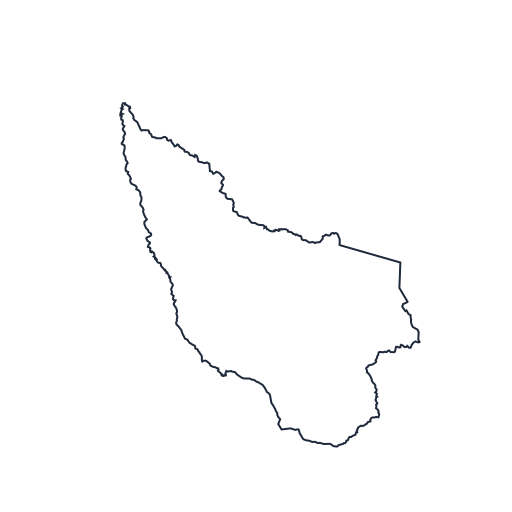 the district of Campinápolis, Mato Grosso, Brazil, rotated 321°
{"feature_id": "56859067B49956059749478", "entity_name": "Campinápolis", "entity_type": "district", "adm_level": 2, "iso_a3": "BRA", "parent_name": "Brazil", "parent_adm1": "Mato Grosso", "projection": "natural_earth1", "projection_center": [-53.146, -14.256], "detail": "fine", "context": "isolated", "style": "outline", "palette": "slate", "viewbox_px": 512, "rotation_deg": 321, "n_neighbors": 0, "source": "geoboundaries", "source_scale": "gbopen_adm2", "svg_char_len": 6107}
<svg xmlns="http://www.w3.org/2000/svg" viewBox="0 0 512 512"><g transform="rotate(321 256 256)"><path d="M250.4,54.9L248.6,53.6L246.4,54.8L246.4,56.3L244.2,56.3L244.8,57.9L243.6,57.8L240.8,59.6L241.7,61.5L239.5,60.7L238.8,61.6L239.7,62.9L237.5,64.4L237.2,65.4L237.9,66.7L236.8,68.1L235.3,69.1L235.0,70.2L235.5,72.2L232.7,73.2L232.0,74.0L231.7,77.6L231.2,78.7L228.2,79.8L227.5,80.4L227.1,81.8L224.2,83.5L222.9,83.6L222.2,84.3L222.4,85.4L223.2,86.3L223.2,87.7L221.6,89.8L217.7,92.8L217.1,94.6L216.9,96.9L215.3,99.2L215.1,102.2L214.5,103.2L213.3,103.2L209.8,105.7L208.4,108.0L209.6,110.3L208.1,111.3L208.2,114.2L207.4,117.3L205.9,117.8L204.8,119.8L204.7,121.6L206.4,125.0L206.7,126.7L206.4,127.7L204.9,128.9L206.1,130.9L206.1,133.7L204.3,136.0L204.1,137.8L203.5,139.0L201.8,140.7L199.1,142.3L198.3,143.5L198.4,147.1L197.8,149.3L196.3,150.2L195.2,153.0L194.3,156.8L194.2,158.9L190.8,159.2L189.4,160.8L188.1,164.9L188.4,167.7L187.7,170.0L188.5,172.5L187.9,173.6L186.7,174.0L182.6,172.9L181.7,173.4L181.2,175.9L182.0,178.8L181.4,179.5L179.5,179.6L177.7,180.9L178.9,182.8L178.7,183.7L177.9,184.0L176.5,186.5L177.0,187.3L178.0,187.0L178.6,189.3L177.9,191.2L177.0,192.1L176.1,192.1L176.7,193.5L175.9,194.4L176.7,194.7L176.8,196.1L175.9,196.2L175.6,199.0L176.3,200.4L177.2,201.1L177.0,202.4L176.1,203.6L175.9,205.1L176.2,207.4L176.0,208.4L176.7,209.4L176.1,210.0L176.5,210.9L176.5,211.9L175.8,212.7L176.7,213.1L176.2,214.2L176.0,216.8L175.1,217.9L176.1,218.5L175.1,219.1L173.4,222.3L173.5,225.1L173.0,226.4L169.0,228.5L168.0,231.3L166.3,232.2L166.9,235.2L164.4,237.0L164.4,238.4L165.6,239.9L162.5,241.0L161.7,241.7L161.3,243.7L161.4,245.0L160.7,247.7L160.0,249.0L159.1,250.0L158.0,250.4L156.6,253.9L154.7,255.2L153.9,256.4L151.9,257.6L151.1,259.2L151.5,262.2L151.3,266.7L150.1,269.8L148.8,275.6L150.0,277.8L149.7,281.4L151.0,285.3L151.9,287.0L151.8,288.0L150.7,289.6L151.8,291.9L151.2,294.1L151.5,295.1L151.1,296.1L151.1,298.9L150.4,300.4L148.5,302.7L147.9,304.2L149.0,304.2L150.8,305.5L151.4,306.5L152.3,310.5L151.6,312.2L152.7,314.9L154.5,317.0L154.9,318.5L155.8,319.2L155.5,320.6L154.2,321.2L155.1,326.4L154.3,326.7L154.4,327.9L155.1,328.7L156.1,328.5L156.6,329.5L157.4,329.8L158.0,329.1L158.3,328.0L160.6,326.7L161.4,328.1L164.2,329.6L164.5,330.6L166.6,333.0L166.7,336.4L168.3,341.5L169.4,343.4L174.1,347.4L175.0,349.6L175.9,350.3L176.8,351.9L177.3,354.1L178.1,355.0L180.0,360.4L179.9,364.0L178.9,368.6L179.5,370.1L179.5,372.6L175.4,380.1L175.4,382.2L174.5,387.3L173.8,389.2L173.8,391.3L172.4,393.2L172.0,394.8L172.1,398.0L167.5,400.6L166.7,406.9L174.4,411.7L177.1,415.9L179.5,417.0L179.9,418.0L178.5,420.9L177.5,427.5L177.7,428.6L179.1,430.9L181.3,433.3L182.6,435.8L185.2,437.8L186.0,439.9L188.1,441.5L190.4,444.8L195.0,448.3L195.8,449.6L196.5,452.5L198.6,454.7L199.4,455.2L201.4,455.0L205.3,456.8L206.5,456.7L207.6,457.5L208.9,457.2L210.1,456.4L211.4,457.0L214.2,455.5L215.1,455.6L215.8,456.5L218.0,456.6L220.7,457.5L222.4,456.3L223.6,456.7L223.8,455.5L224.9,455.4L225.6,454.3L226.7,454.2L227.7,453.5L230.9,454.0L231.8,455.2L234.2,455.9L235.3,455.7L236.6,456.1L238.7,455.4L240.3,456.5L241.1,456.4L241.8,455.1L243.8,454.5L244.8,454.7L246.4,456.0L248.0,456.6L249.6,458.4L250.4,457.9L251.9,456.8L252.5,455.8L252.5,454.6L253.7,453.6L253.9,452.4L253.5,449.8L255.2,448.3L255.8,447.1L257.5,446.9L258.2,443.3L260.7,441.4L261.5,441.6L261.3,440.6L263.1,439.4L262.8,437.0L263.8,437.2L265.6,435.9L265.9,433.2L267.2,431.9L267.5,430.4L267.2,427.8L267.7,425.3L268.4,424.7L269.2,421.3L269.5,418.4L269.0,416.2L269.8,415.6L270.9,412.6L271.8,412.3L272.9,412.5L274.6,411.9L278.5,413.7L282.3,414.0L283.3,413.3L283.3,412.3L285.8,411.4L287.1,410.2L288.5,409.9L290.6,408.2L291.6,408.3L294.3,410.9L295.6,411.2L296.4,412.4L297.3,412.9L298.8,412.7L299.9,413.1L300.2,415.4L302.8,417.7L303.9,417.7L307.5,414.8L308.4,415.1L309.7,417.3L310.8,417.8L311.7,416.8L312.8,416.3L313.7,417.8L314.2,420.4L315.6,421.3L316.9,421.0L317.2,423.6L318.4,424.6L321.2,423.0L323.8,422.4L326.1,422.7L327.9,425.5L329.0,425.7L329.6,423.0L334.4,417.7L334.7,416.8L335.2,415.0L333.2,409.9L333.6,408.1L334.1,406.4L335.5,404.0L336.6,403.1L336.9,402.0L338.9,399.2L338.0,397.0L338.7,393.1L337.4,392.9L337.7,387.5L340.0,385.9L344.2,387.0L345.0,386.9L347.3,371.1L364.1,351.9L328.3,300.8L327.9,299.9L329.7,298.1L331.8,295.1L333.2,290.1L332.8,288.9L332.1,288.1L330.7,287.8L330.5,286.8L329.7,286.2L328.6,285.9L326.4,286.5L325.2,285.7L323.9,283.6L323.0,283.2L322.1,283.5L320.2,282.7L318.7,284.6L314.3,285.4L311.1,283.3L310.0,283.1L309.0,280.9L305.9,279.1L304.5,274.9L302.6,273.3L302.1,272.0L303.4,269.2L303.1,268.1L302.2,267.7L301.1,264.8L300.1,264.8L299.8,263.3L298.8,262.3L298.8,260.9L298.3,259.5L296.2,257.2L296.9,256.0L296.0,254.1L295.1,253.0L293.0,251.8L292.6,250.9L291.6,250.8L290.9,249.8L290.0,250.9L289.2,250.6L288.7,249.2L287.6,247.9L286.2,248.5L285.9,247.6L284.7,247.7L283.6,246.6L282.4,244.7L281.9,242.6L281.3,242.0L282.1,239.6L280.2,239.4L281.3,238.3L281.1,236.8L277.3,233.0L276.1,229.9L273.5,227.3L273.6,220.7L272.0,219.9L271.3,218.5L270.4,218.0L270.2,216.9L268.0,214.0L267.9,212.6L268.7,209.7L266.7,207.1L267.0,205.8L268.5,204.1L269.6,203.9L270.5,201.9L272.0,201.0L272.8,198.6L273.0,196.8L269.9,193.7L269.6,191.9L270.0,190.5L271.4,188.9L270.9,187.6L270.1,186.8L268.6,182.8L269.4,182.3L271.4,182.3L272.4,181.2L274.2,180.6L275.1,180.0L274.9,177.4L276.6,176.3L279.6,175.8L280.3,174.1L279.9,172.7L279.8,168.7L278.2,165.5L277.0,165.7L274.5,165.2L274.9,162.4L273.6,161.1L277.7,154.9L276.7,152.3L275.6,152.1L274.1,151.1L273.3,149.6L270.9,146.7L270.9,145.4L272.1,143.6L273.0,140.7L272.3,139.2L270.6,140.4L269.8,137.9L268.2,136.0L268.6,133.3L267.9,131.8L266.3,130.0L267.0,128.3L265.2,122.6L265.7,121.0L265.1,119.8L263.4,120.2L261.7,119.6L262.1,118.0L262.1,114.8L262.8,112.3L260.8,111.5L260.0,110.0L260.8,108.4L260.3,106.3L259.4,105.6L256.1,104.7L252.4,101.5L252.1,100.1L250.9,99.1L250.2,98.0L251.1,95.3L250.5,93.0L251.4,91.7L251.4,90.6L247.6,87.2L246.1,86.5L245.9,85.3L248.0,77.1L247.0,73.7L247.4,71.6L248.3,71.1L249.1,68.8L248.9,63.6L250.3,61.5L251.3,61.9L252.0,60.7L251.0,59.0L250.4,56.9L249.5,56.0L250.4,54.9Z" fill="none" stroke="#1e293b" stroke-width="2"/></g></svg>